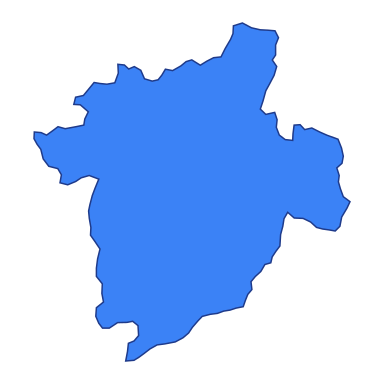 outline of Chácara, Minas Gerais, Brazil
{"feature_id": "56859067B60950226665994", "entity_name": "Chácara", "entity_type": "district", "adm_level": 2, "iso_a3": "BRA", "parent_name": "Brazil", "parent_adm1": "Minas Gerais", "projection": "mercator", "projection_center": [-43.214, -21.689], "detail": "fine", "context": "isolated", "style": "filled", "palette": "blue", "viewbox_px": 384, "rotation_deg": 0, "n_neighbors": 0, "source": "geoboundaries", "source_scale": "gbopen_adm2", "svg_char_len": 2050}
<svg xmlns="http://www.w3.org/2000/svg" viewBox="0 0 384 384"><path d="M350.0,201.7L343.3,196.7L340.4,188.8L338.4,181.8L339.2,175.5L336.8,167.9L342.0,163.3L343.3,156.2L341.5,148.0L338.0,139.2L327.2,135.3L319.7,132.0L311.8,128.0L304.7,129.6L300.1,124.7L294.1,125.1L293.0,133.9L292.7,140.4L285.2,139.6L279.3,135.1L276.3,127.3L277.1,119.7L274.7,112.4L265.8,114.4L260.3,109.1L263.0,101.0L265.8,90.8L269.8,83.5L274.1,75.3L276.7,66.5L272.3,60.0L275.6,55.0L275.6,45.0L278.5,37.7L275.0,30.8L267.9,30.2L260.3,29.8L251.5,27.8L242.4,23.0L233.4,25.8L233.0,33.6L230.6,39.3L225.1,48.7L221.0,56.9L213.6,57.7L206.8,61.2L200.3,65.2L191.8,59.9L186.1,61.6L180.9,65.9L172.6,70.6L165.4,69.2L161.8,75.2L158.1,79.8L152.2,81.1L144.5,78.8L140.8,70.3L134.3,66.6L128.7,69.0L124.4,65.0L117.9,64.3L118.3,73.2L114.8,82.8L106.9,84.2L100.0,83.5L94.1,82.5L89.5,88.1L83.4,95.5L75.6,97.2L73.8,104.4L80.3,104.8L88.3,111.8L84.8,119.0L83.8,125.1L76.0,126.7L65.2,128.7L58.0,126.7L52.7,130.7L46.6,135.1L41.1,132.6L34.3,132.0L34.0,138.7L37.1,144.3L40.8,149.3L43.2,158.9L48.8,166.3L57.8,168.6L61.4,174.8L60.0,182.8L67.7,184.8L75.7,181.5L81.2,177.8L89.2,175.5L98.8,179.1L95.1,188.1L92.3,195.5L89.9,204.7L88.6,211.0L89.3,218.4L90.9,227.6L90.5,235.2L94.8,241.3L100.0,249.0L97.6,258.8L96.4,268.1L96.4,276.4L102.3,283.8L101.9,293.5L103.5,302.0L96.4,307.7L95.8,316.3L98.8,323.3L102.5,328.1L109.3,328.1L117.6,322.6L126.9,322.4L132.7,321.3L138.0,325.6L138.6,335.6L134.0,341.0L128.4,343.3L127.5,351.5L125.7,361.0L134.0,360.3L139.0,357.2L144.3,353.3L150.0,348.9L157.1,344.9L164.8,343.9L175.3,341.9L183.1,337.7L188.6,333.0L192.4,327.3L198.1,320.7L202.2,316.4L210.3,314.3L217.4,313.4L223.7,311.1L230.0,310.1L236.1,308.1L243.2,306.7L245.4,300.4L247.8,294.4L251.9,289.5L251.0,281.7L255.3,276.5L260.8,271.5L264.9,264.5L270.8,262.8L272.2,256.9L275.9,251.3L279.9,246.0L280.6,234.6L282.8,226.3L284.0,218.7L287.7,212.3L294.2,218.0L303.1,218.4L310.6,222.0L316.5,227.4L322.6,229.0L329.1,229.9L335.2,231.0L339.9,226.3L341.7,217.0L347.0,208.1L350.0,201.7Z" fill="#3b82f6" stroke="#1e3a8a" stroke-width="1.5"/></svg>